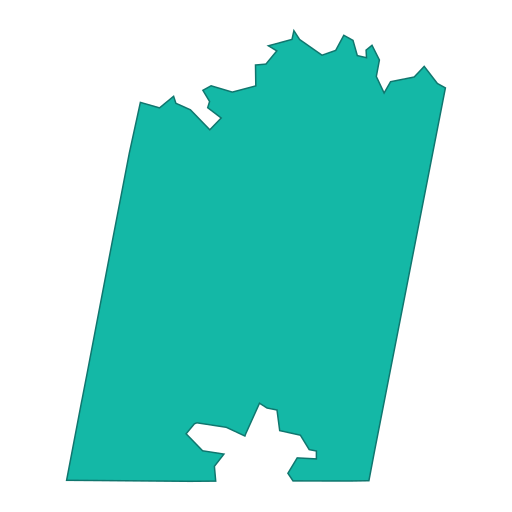 the district of Pittsylvania, Virginia, United States of America
{"feature_id": "52423323B30264122776798", "entity_name": "Pittsylvania", "entity_type": "district", "adm_level": 2, "iso_a3": "USA", "parent_name": "United States of America", "parent_adm1": "Virginia", "projection": "natural_earth1", "projection_center": [-79.393, 36.839], "detail": "fine", "context": "isolated", "style": "filled", "palette": "teal", "viewbox_px": 512, "rotation_deg": 0, "n_neighbors": 0, "source": "geoboundaries", "source_scale": "gbopen_adm2", "svg_char_len": 962}
<svg xmlns="http://www.w3.org/2000/svg" viewBox="0 0 512 512"><path d="M293.0,480.9L349.9,481.0L368.9,480.7L374.6,450.7L405.6,292.1L445.4,87.9L437.4,83.5L424.2,66.4L414.2,77.0L390.6,81.7L384.1,93.0L376.3,76.5L379.4,60.0L372.0,45.3L366.1,50.1L366.5,57.7L357.3,55.6L353.0,40.4L343.8,35.3L335.7,50.4L322.0,55.2L299.6,39.5L293.9,30.7L292.0,39.4L268.4,45.8L276.8,50.9L265.9,64.1L255.5,65.0L255.8,85.9L232.3,92.1L211.1,85.8L202.9,90.3L209.6,101.5L207.7,107.7L221.2,118.0L209.8,129.8L190.4,109.8L175.9,103.3L173.6,96.3L159.5,107.9L140.4,102.4L129.3,153.2L112.0,243.0L87.4,372.0L82.2,398.8L81.5,402.2L66.6,480.3L95.6,480.5L95.9,480.5L189.1,481.3L191.0,481.3L215.7,481.1L214.4,466.3L223.9,454.1L202.6,450.8L186.1,433.8L194.4,423.8L196.9,422.8L226.3,427.3L244.9,436.0L245.7,433.8L259.5,403.2L267.0,408.0L277.0,410.0L279.7,430.6L300.4,435.2L309.2,449.6L316.4,451.0L316.4,458.9L297.2,457.9L287.9,473.3L293.0,480.9Z" fill="#14b8a6" stroke="#0f766e" stroke-width="1.5"/></svg>